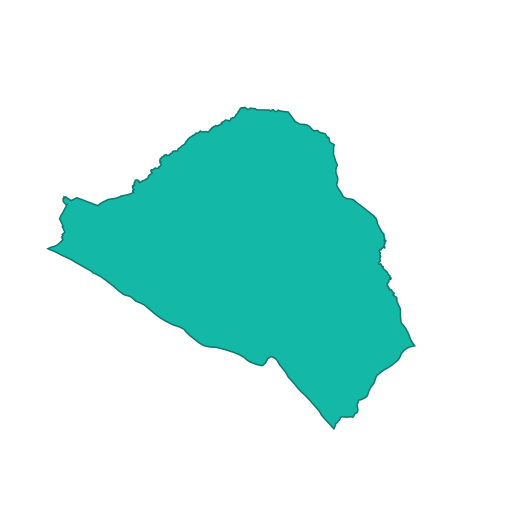 Chaturaphak Phiman, Roi Et, Thailand (Mercator projection), rotated 43°
{"feature_id": "78962969B73854210082339", "entity_name": "Chaturaphak Phiman", "entity_type": "district", "adm_level": 2, "iso_a3": "THA", "parent_name": "Thailand", "parent_adm1": "Roi Et", "projection": "mercator", "projection_center": [103.486, 15.83], "detail": "fine", "context": "isolated", "style": "filled", "palette": "teal", "viewbox_px": 512, "rotation_deg": 43, "n_neighbors": 0, "source": "geoboundaries", "source_scale": "gbopen_adm2", "svg_char_len": 6137}
<svg xmlns="http://www.w3.org/2000/svg" viewBox="0 0 512 512"><g transform="rotate(43 256 256)"><path d="M433.3,213.4L431.5,213.1L426.3,211.8L420.8,209.0L415.3,207.0L412.2,206.4L410.0,206.2L408.1,205.8L406.7,205.1L403.1,201.9L397.9,196.4L395.5,195.3L392.8,194.4L391.3,193.5L390.0,193.3L389.4,192.3L388.3,191.9L388.1,191.1L386.9,190.3L385.6,190.8L384.0,190.8L383.3,191.2L382.4,190.4L382.7,189.4L382.3,188.9L381.8,188.9L381.4,189.2L379.7,189.0L378.3,188.3L378.1,188.4L377.3,189.5L375.6,188.6L375.4,188.8L375.2,189.2L374.9,189.2L373.8,188.3L372.7,188.3L371.3,187.2L370.7,186.9L370.8,184.3L369.6,183.1L369.7,182.5L370.4,181.2L370.2,180.4L369.8,180.1L369.4,180.1L368.9,180.8L367.3,179.1L365.5,179.4L363.1,178.3L357.4,178.4L356.3,177.1L354.9,177.7L353.3,176.8L352.4,176.9L351.8,178.1L351.0,178.2L350.7,177.9L350.5,177.1L350.4,175.0L348.1,173.3L347.6,171.5L347.2,171.2L345.7,170.9L345.0,168.8L343.4,168.7L342.3,167.9L342.2,167.1L343.2,166.4L342.5,165.3L343.2,163.9L343.0,162.7L344.1,162.1L344.5,162.4L344.6,162.2L343.9,161.4L342.8,161.3L342.0,160.3L342.0,159.0L340.5,158.3L340.4,158.0L340.8,157.6L341.0,157.0L340.7,156.3L340.4,156.2L340.0,157.1L339.1,157.2L338.8,156.9L338.9,156.1L337.4,154.9L336.3,154.6L335.6,153.4L334.7,153.3L334.1,152.5L332.7,152.8L327.2,151.1L323.2,149.7L319.3,147.1L317.7,146.6L316.1,146.4L314.0,146.4L298.9,147.6L293.2,148.3L289.4,148.3L287.5,149.0L283.8,151.8L281.5,152.7L279.4,153.1L273.5,151.2L270.7,150.7L266.9,149.3L266.2,148.6L264.4,145.2L263.4,144.0L262.2,143.0L257.9,140.8L256.9,139.8L255.1,137.8L253.3,133.9L249.8,132.4L244.0,129.1L242.6,128.0L240.6,125.6L238.9,123.9L238.4,123.1L237.8,122.7L237.7,122.4L237.9,122.0L237.4,121.9L237.2,121.3L236.0,121.5L234.8,122.0L232.3,122.4L229.2,120.1L228.1,119.9L227.4,120.6L223.3,119.4L217.4,122.5L216.6,122.1L215.7,122.1L215.0,122.6L213.3,124.7L212.5,125.0L211.5,125.3L208.2,124.9L206.5,124.9L204.1,125.3L201.6,126.8L198.2,129.7L195.2,130.5L192.3,130.8L181.4,128.7L175.8,132.8L173.9,133.8L172.8,134.0L172.6,134.6L172.7,135.7L171.9,136.9L171.2,137.2L169.9,137.4L168.7,137.2L168.3,137.9L167.7,140.1L166.2,140.2L156.9,148.6L154.8,148.8L154.7,149.2L153.9,149.5L153.1,150.3L151.1,151.5L150.9,152.0L151.1,152.4L150.7,153.4L149.9,154.5L148.7,154.5L147.7,154.8L146.5,154.8L146.2,156.2L145.7,156.1L145.3,156.8L144.8,156.9L144.1,157.7L144.0,159.6L144.5,160.3L144.5,162.7L145.1,163.6L145.1,166.7L145.5,167.8L145.7,168.9L145.4,170.2L144.4,171.0L144.4,172.0L143.9,172.6L144.5,173.7L144.6,175.1L144.2,175.7L143.1,175.8L142.3,176.6L141.2,177.0L140.9,177.4L140.6,180.2L139.9,181.2L140.2,181.7L140.1,182.3L140.8,182.5L141.0,183.0L140.0,184.0L140.2,185.2L139.5,185.9L139.6,186.5L139.1,187.0L139.1,187.8L137.6,188.0L137.5,189.3L136.6,190.4L136.9,191.3L136.3,192.5L136.5,193.1L136.2,194.6L136.9,194.9L136.6,197.1L136.3,198.4L136.0,198.6L135.0,198.6L134.8,199.3L134.1,199.8L133.8,200.4L132.9,200.9L131.5,202.5L130.2,202.4L130.0,203.3L130.0,205.3L129.6,206.1L129.0,206.3L128.2,207.1L128.4,208.2L128.1,210.3L127.6,210.8L127.2,213.6L126.7,214.2L126.6,217.0L126.9,219.5L126.7,220.1L127.3,221.1L127.3,222.3L127.6,222.8L126.7,226.1L126.6,228.1L126.1,230.3L126.1,230.9L126.6,232.0L126.4,232.6L126.6,233.3L125.9,234.2L125.0,234.3L124.8,234.9L124.2,235.5L123.9,236.9L124.5,237.4L124.1,238.7L123.7,239.0L123.9,239.7L123.7,240.4L124.0,241.2L123.7,241.4L123.0,242.8L122.5,243.1L121.5,242.9L121.4,243.5L120.8,243.7L120.1,245.0L120.4,245.6L120.3,246.0L120.7,246.2L119.7,247.9L120.1,249.1L119.7,249.9L119.7,250.3L120.8,252.1L121.1,252.3L122.0,252.1L122.0,253.0L122.7,253.5L124.3,253.6L124.6,254.5L124.5,256.5L124.2,256.9L124.8,257.6L124.8,257.9L123.5,259.9L122.1,260.5L121.9,263.2L120.7,264.2L120.6,264.7L120.7,265.1L121.5,265.4L121.8,266.0L123.6,266.2L122.7,270.2L123.0,271.3L123.5,271.6L123.7,271.9L123.7,273.6L123.2,274.4L123.0,276.2L121.9,278.1L120.7,281.9L118.9,280.9L118.8,281.1L117.7,281.2L116.6,282.0L116.1,282.8L116.3,283.6L116.7,283.9L117.1,284.7L116.9,285.0L117.0,285.6L117.5,285.6L117.9,286.3L118.7,286.8L118.6,287.1L118.2,287.2L118.1,287.6L118.7,288.1L118.8,288.5L117.9,288.8L117.9,289.0L118.8,289.9L119.5,290.2L120.1,290.8L120.8,290.9L121.1,290.6L121.6,290.7L121.7,291.3L121.3,292.5L121.9,292.8L122.5,292.6L123.2,293.1L120.5,298.5L116.5,304.1L115.6,306.5L113.9,309.7L109.4,315.3L107.4,320.6L106.4,323.8L105.9,327.1L85.1,335.6L84.2,338.7L82.7,342.1L82.1,341.7L81.4,341.7L80.6,342.1L77.7,342.3L77.7,342.8L76.8,342.5L76.3,342.7L75.7,343.6L75.3,343.7L75.6,344.2L76.1,344.4L75.9,345.1L76.2,345.3L75.9,345.6L76.6,346.1L76.7,346.5L77.3,347.2L78.6,347.8L79.3,347.6L80.2,347.9L81.6,347.9L82.4,348.1L82.7,347.4L85.2,356.3L85.9,360.1L87.1,362.9L94.6,365.6L94.2,366.5L100.0,369.0L99.6,372.5L100.8,372.8L100.9,374.7L102.4,374.7L102.5,375.6L103.7,376.0L103.5,377.2L103.8,378.2L103.5,378.6L103.6,379.0L103.2,383.4L101.9,386.6L100.2,389.2L98.8,392.6L100.1,392.3L105.7,390.0L113.1,388.0L123.0,384.8L128.8,383.6L145.5,379.5L148.1,379.4L151.4,378.3L156.7,376.9L162.4,376.2L172.1,375.3L179.5,375.1L185.5,374.4L186.8,373.9L191.3,371.5L194.3,371.0L198.5,371.1L204.1,369.0L207.9,367.9L221.6,367.3L228.0,366.6L233.6,365.4L241.9,363.1L248.9,359.9L253.3,358.7L256.8,359.2L261.5,359.3L273.3,358.4L278.6,357.3L284.5,353.9L288.8,350.1L296.6,345.9L304.9,341.9L309.9,339.9L315.5,338.4L320.7,338.2L324.6,337.3L330.3,335.0L334.8,332.4L335.6,331.2L335.9,327.9L334.6,323.3L335.3,320.3L336.3,318.7L339.5,317.9L342.4,317.9L347.6,319.5L356.9,320.8L362.1,322.5L371.6,323.3L377.2,324.2L382.2,324.5L386.9,324.4L394.5,324.9L408.2,326.3L412.3,327.7L414.1,327.9L430.8,329.3L429.7,325.9L428.7,324.3L429.0,321.9L428.7,321.3L429.0,318.9L428.5,318.1L428.0,316.3L428.6,314.8L429.3,314.5L430.4,313.4L431.8,312.5L435.2,308.7L436.7,308.0L436.6,305.9L436.1,305.1L436.0,303.7L436.7,301.5L436.1,300.0L435.2,298.8L433.6,297.5L432.7,297.1L431.2,295.7L430.8,294.5L430.7,293.7L430.1,292.5L429.4,291.8L429.5,291.4L430.8,289.5L432.1,286.4L432.8,283.7L432.7,282.5L432.2,281.0L430.7,278.0L429.7,274.8L429.3,272.6L429.2,270.0L428.6,267.4L426.7,263.6L425.9,260.9L426.6,255.8L427.3,252.1L429.4,245.3L430.7,236.6L430.7,233.4L428.9,228.2L428.7,223.6L429.2,221.0L430.0,218.7L431.6,215.8L433.3,213.4Z" fill="#14b8a6" stroke="#0f766e" stroke-width="1.5"/></g></svg>